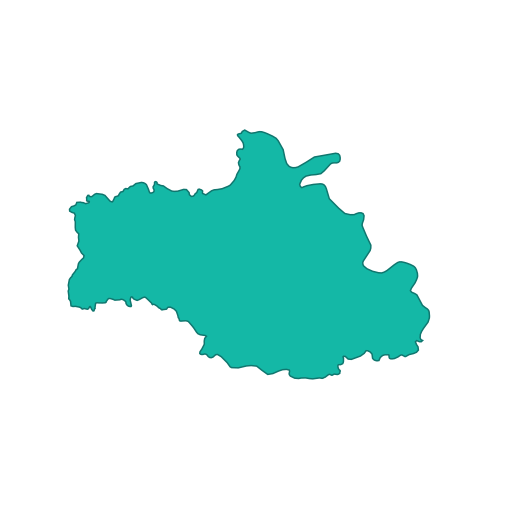 Mashaleng, Mohale's Hoek, Lesotho (Robinson projection), rotated 297°
{"feature_id": "5366337B32794114479913", "entity_name": "Mashaleng", "entity_type": "district", "adm_level": 2, "iso_a3": "LSO", "parent_name": "Lesotho", "parent_adm1": "Mohale's Hoek", "projection": "robinson", "projection_center": [27.391, -30.076], "detail": "fine", "context": "isolated", "style": "filled", "palette": "teal", "viewbox_px": 512, "rotation_deg": 297, "n_neighbors": 0, "source": "geoboundaries", "source_scale": "gbopen_adm2", "svg_char_len": 6128}
<svg xmlns="http://www.w3.org/2000/svg" viewBox="0 0 512 512"><g transform="rotate(297 256 256)"><path d="M222.4,72.0L219.8,72.3L217.9,71.0L216.2,69.2L213.0,68.6L211.4,69.6L211.3,72.2L211.7,74.7L210.1,76.7L207.6,77.3L206.0,77.9L204.6,79.4L199.4,82.0L197.1,83.5L195.9,85.9L195.3,88.0L192.1,89.3L188.9,91.4L183.9,92.1L181.3,96.6L179.5,99.1L178.3,102.6L176.0,103.2L173.7,102.3L170.1,101.3L168.4,101.3L163.6,102.7L162.0,101.9L160.2,101.9L155.8,101.0L154.2,101.3L152.6,100.7L150.3,100.4L144.8,102.0L141.6,104.3L139.5,104.6L135.3,107.5L132.8,108.6L132.4,109.8L131.3,111.4L127.6,113.8L127.9,115.8L129.2,118.0L130.3,121.9L130.4,123.3L129.9,124.8L129.9,125.4L131.3,126.9L131.9,129.5L132.2,130.2L133.2,130.7L135.3,130.8L135.7,131.1L135.5,131.7L133.8,133.8L133.0,135.8L133.6,136.5L136.1,136.2L136.4,136.4L136.8,136.0L140.9,134.6L141.2,134.7L141.6,134.9L142.2,135.7L143.1,137.8L144.5,140.6L145.9,142.9L146.6,143.4L147.3,143.2L150.0,143.6L150.7,143.8L151.4,144.2L152.0,145.7L152.6,149.0L152.5,149.6L152.6,150.3L155.2,154.6L156.1,155.3L156.5,156.1L156.8,157.7L156.3,160.5L155.5,161.3L155.0,161.5L154.0,162.7L153.6,163.8L153.4,165.0L153.6,166.1L154.1,167.4L154.3,167.6L155.1,167.6L155.5,167.3L159.7,163.8L162.3,163.2L163.0,163.6L163.2,164.7L162.7,165.3L162.2,166.8L162.4,169.8L162.6,170.4L164.4,171.9L167.5,174.0L168.9,175.5L168.9,176.7L168.2,179.3L166.6,184.4L166.0,185.0L165.7,185.9L166.3,186.3L166.6,187.1L166.7,188.0L166.5,190.3L165.7,193.2L165.8,194.8L165.3,195.7L165.3,196.7L165.7,196.8L166.0,197.5L168.0,200.4L170.0,200.7L170.5,201.0L171.6,203.0L171.6,207.1L170.8,209.7L170.3,210.5L167.5,213.4L165.7,214.8L165.6,215.3L165.3,215.8L163.8,217.1L163.6,217.8L163.9,218.6L166.0,222.1L166.5,223.1L166.8,224.4L166.9,225.4L166.6,226.3L164.8,230.7L163.7,233.1L161.2,237.5L160.4,239.5L160.5,242.0L162.1,246.8L162.0,248.3L159.3,247.7L156.7,248.5L153.9,250.0L148.5,250.0L145.3,249.6L143.7,250.1L143.3,251.0L143.6,252.4L144.4,253.7L145.4,254.7L145.8,255.9L145.6,257.3L144.8,258.9L144.5,260.6L145.0,262.2L146.3,263.5L149.8,264.9L150.8,266.5L150.5,270.8L147.9,278.7L145.5,283.3L145.5,285.0L148.3,291.0L153.7,297.4L156.2,301.4L158.2,306.6L156.9,313.0L155.8,320.2L158.9,324.4L163.7,328.3L166.8,331.3L168.8,334.6L169.5,337.4L168.7,338.2L166.1,339.0L165.4,339.6L164.6,341.1L164.7,345.9L166.2,349.6L167.7,351.5L169.9,355.5L171.1,359.4L172.3,362.3L176.2,367.9L177.0,370.4L177.6,371.2L178.1,371.4L179.4,372.6L183.3,374.5L183.8,375.1L184.1,375.6L184.1,377.4L184.4,378.0L186.3,379.3L187.3,382.2L188.0,383.0L189.5,383.9L191.0,383.3L191.7,383.3L192.2,382.8L192.4,381.7L193.0,380.6L194.4,379.3L195.9,378.6L196.7,379.0L197.6,380.7L199.4,382.1L200.5,382.1L201.7,381.8L204.2,380.6L204.9,380.1L205.3,379.6L205.8,379.3L206.5,379.6L206.6,380.3L207.1,381.0L206.0,384.9L207.2,387.9L214.3,394.5L218.4,396.6L221.6,397.1L222.3,398.6L222.3,401.5L221.2,404.0L217.8,406.3L217.3,407.4L217.0,408.7L217.3,410.7L217.7,411.6L218.7,413.0L221.6,412.8L223.1,413.2L225.0,414.1L226.5,415.7L228.1,418.9L228.1,419.4L226.2,420.6L225.5,421.4L225.5,422.5L226.1,423.9L227.5,425.9L230.5,428.3L233.1,429.7L233.8,430.4L234.1,431.3L234.0,434.3L234.4,435.0L237.7,437.2L240.6,440.6L243.1,442.7L245.9,443.4L248.6,441.6L249.9,439.3L251.9,437.0L253.6,437.6L253.8,440.5L254.7,442.2L256.4,442.8L256.3,441.8L256.5,440.6L257.7,439.3L260.9,438.0L264.2,437.8L267.6,438.1L275.2,439.3L279.5,438.6L281.3,437.8L284.7,435.7L285.9,434.5L286.6,432.7L286.9,430.1L287.6,426.7L294.4,417.0L294.6,414.4L294.4,411.1L295.2,409.3L298.0,409.1L304.3,409.9L307.7,409.8L310.2,409.5L311.5,409.1L313.8,407.7L316.4,405.3L317.7,403.5L318.2,402.3L318.5,400.9L318.5,397.5L318.1,393.8L317.6,391.1L316.9,388.5L315.9,386.5L314.4,385.1L310.8,383.1L302.5,379.3L299.9,377.6L297.9,375.6L296.7,372.8L295.3,366.8L295.0,360.7L296.0,356.4L297.2,354.9L298.9,354.0L300.5,353.9L312.6,355.2L315.1,354.7L317.8,353.4L323.8,345.5L330.2,337.9L331.6,336.5L333.5,335.9L337.2,335.4L340.9,334.0L342.4,332.1L342.2,330.0L341.1,328.0L339.2,326.1L337.4,324.7L335.6,321.3L334.2,315.9L336.1,308.0L340.3,295.3L347.9,288.1L349.5,286.2L350.3,284.1L350.2,282.3L349.5,280.5L345.8,274.6L341.8,269.5L339.2,267.0L338.2,266.3L337.6,265.4L338.3,263.6L339.8,262.3L344.4,262.1L347.2,262.8L349.9,264.3L353.1,268.1L355.8,272.5L358.8,276.4L362.8,278.1L371.9,280.6L373.4,281.7L374.4,283.2L375.6,285.6L376.8,286.8L378.5,287.5L380.6,287.0L382.2,286.1L383.7,284.8L384.4,282.8L383.7,280.3L370.7,263.1L362.2,258.1L354.5,253.1L352.7,251.1L351.4,248.8L350.9,246.7L350.9,244.7L352.3,241.4L356.0,237.6L363.1,231.9L368.7,223.5L370.0,220.5L370.3,216.4L370.1,210.7L369.8,207.6L369.3,204.8L368.4,202.7L367.2,201.1L365.6,199.4L363.1,195.8L362.9,193.5L363.1,188.8L360.7,187.2L358.7,187.2L356.6,184.8L355.8,184.4L354.9,185.0L354.1,187.1L352.3,191.0L351.0,193.1L349.5,194.4L347.6,195.6L346.3,195.8L344.9,195.5L344.5,194.2L343.5,192.4L342.3,191.8L341.3,191.5L339.6,191.8L337.4,193.0L336.7,194.3L335.7,197.4L335.0,198.0L333.5,197.8L331.2,198.0L330.0,198.9L328.9,200.0L328.3,201.1L326.7,202.0L325.1,202.1L320.1,201.9L317.2,202.4L313.4,202.3L307.5,200.9L305.5,199.6L300.6,195.3L297.8,191.6L295.9,188.6L293.9,186.8L287.7,183.6L287.5,180.0L287.8,179.7L289.7,178.9L290.1,177.5L289.8,175.0L289.0,174.2L285.4,174.4L284.1,173.6L281.9,173.4L280.8,172.9L279.7,171.3L280.4,168.8L282.1,167.6L283.6,163.9L282.5,161.3L278.2,156.8L276.4,153.7L275.6,151.4L275.7,146.2L276.4,141.7L275.6,139.2L275.3,135.2L276.6,134.4L276.8,133.5L276.6,132.6L276.0,132.2L275.4,132.2L274.1,132.9L272.8,133.1L270.9,132.9L269.7,133.7L269.0,134.8L267.9,135.6L267.1,135.8L266.2,135.6L265.2,134.8L264.3,133.8L264.1,132.9L264.7,131.8L266.5,130.0L269.8,126.0L270.2,124.4L270.2,122.7L269.6,120.6L266.0,116.1L262.4,114.5L261.1,112.7L260.2,112.2L257.7,111.4L256.9,109.2L255.5,108.3L253.1,108.2L251.4,106.3L249.1,106.0L247.3,106.0L246.2,105.2L245.4,104.2L244.3,103.4L242.5,103.6L239.7,103.6L239.0,103.4L238.8,103.0L238.6,101.5L238.7,100.8L241.4,93.9L241.2,91.1L239.2,85.5L237.7,84.2L234.4,82.8L233.7,81.5L233.5,80.5L234.2,79.5L233.6,78.6L231.0,78.5L229.8,79.4L228.7,79.8L228.2,80.6L228.9,82.3L228.9,82.7L227.9,83.0L227.5,82.8L225.3,80.5L225.1,77.8L224.5,76.4L224.3,75.2L222.4,72.0Z" fill="#14b8a6" stroke="#0f766e" stroke-width="1.5"/></g></svg>